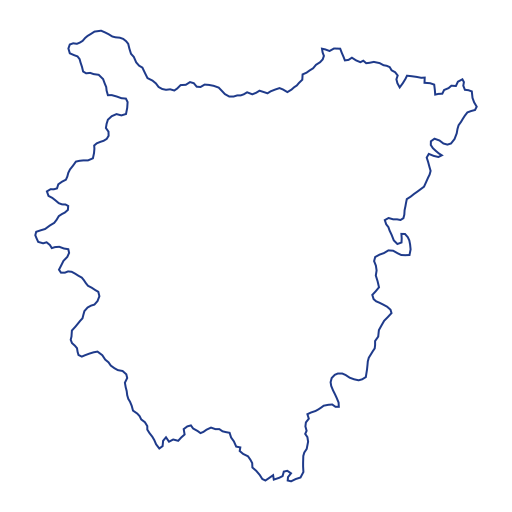 Dores do Indaiá, Minas Gerais, Brazil (Mercator projection)
{"feature_id": "56859067B54382916389320", "entity_name": "Dores do Indaiá", "entity_type": "district", "adm_level": 2, "iso_a3": "BRA", "parent_name": "Brazil", "parent_adm1": "Minas Gerais", "projection": "mercator", "projection_center": [-45.547, -19.504], "detail": "fine", "context": "isolated", "style": "outline", "palette": "blue", "viewbox_px": 512, "rotation_deg": 0, "n_neighbors": 0, "source": "geoboundaries", "source_scale": "gbopen_adm2", "svg_char_len": 5530}
<svg xmlns="http://www.w3.org/2000/svg" viewBox="0 0 512 512"><path d="M409.5,255.0L410.6,249.4L410.1,244.5L409.3,240.4L407.8,237.2L405.0,234.0L401.4,233.9L401.7,238.5L401.5,242.5L397.4,244.0L393.8,240.4L391.6,234.8L389.6,230.6L388.4,227.1L386.2,224.3L384.8,220.1L388.6,218.0L393.1,219.3L396.9,219.3L400.5,220.0L403.4,218.2L404.3,214.7L404.6,210.1L405.4,206.4L406.0,203.0L406.8,199.1L410.6,196.7L414.1,193.9L417.4,191.6L420.5,189.3L424.0,186.7L426.1,182.1L428.1,177.6L429.6,174.6L430.6,170.9L429.4,166.7L428.1,161.9L426.7,157.6L428.8,153.9L433.7,155.9L438.4,157.0L441.8,155.3L438.8,153.4L435.7,150.8L432.9,148.2L430.8,145.0L430.9,141.3L434.5,138.7L439.5,140.5L443.4,143.5L447.4,144.6L451.0,143.5L454.5,139.1L456.7,133.4L457.5,128.9L458.6,125.2L461.0,121.9L462.9,118.7L464.9,115.6L467.4,112.4L471.2,111.0L475.0,110.0L476.7,106.7L474.1,102.3L472.5,97.9L471.8,91.4L468.4,90.2L464.9,89.8L463.3,85.7L463.9,82.1L462.4,79.3L457.9,81.7L455.9,86.0L451.4,85.7L448.6,88.1L444.1,90.0L442.3,93.7L438.4,93.9L435.2,94.6L434.9,90.5L434.2,84.6L430.1,83.2L424.5,82.8L424.7,77.6L421.2,77.8L416.6,76.9L411.5,76.2L407.0,75.7L405.5,78.8L402.8,83.2L399.7,87.4L397.4,83.2L396.4,79.3L397.7,75.5L395.1,72.2L391.6,70.3L389.7,67.1L386.7,65.8L383.5,65.2L379.6,63.1L373.8,61.9L369.5,62.8L366.2,63.2L363.3,60.7L360.4,62.2L356.1,60.4L351.9,57.7L348.5,59.9L344.9,60.4L343.5,56.8L341.8,52.9L340.2,48.7L334.0,48.5L329.5,51.0L325.2,49.4L322.0,48.7L322.6,52.4L323.9,55.9L322.7,59.4L320.1,62.2L316.0,64.8L313.1,68.3L309.7,70.4L306.5,72.7L302.6,74.4L302.3,79.7L298.9,83.0L296.8,85.5L294.2,87.2L291.5,89.6L287.4,92.1L282.8,89.4L279.5,88.1L275.3,89.5L270.7,91.3L267.5,93.3L263.6,92.0L259.5,90.7L256.1,92.8L252.3,94.3L247.1,92.3L243.8,94.3L240.7,95.4L237.3,95.4L233.7,96.5L229.2,96.5L224.9,94.1L221.6,90.6L218.7,87.6L213.6,85.8L208.8,84.9L204.6,84.6L200.5,87.0L196.7,86.7L193.8,83.2L190.0,82.1L185.8,84.8L180.6,85.1L177.1,88.6L174.3,90.5L170.2,89.3L166.0,89.8L162.2,89.0L158.6,87.0L155.9,83.4L152.5,80.6L147.5,78.1L145.4,73.9L143.9,70.8L142.4,67.6L139.1,65.7L136.2,62.4L133.8,56.9L131.0,53.8L129.4,48.7L128.2,43.8L126.1,41.2L123.2,38.9L119.8,37.7L115.5,37.3L112.3,36.5L108.6,34.2L105.0,32.4L101.1,30.7L94.5,31.6L90.6,34.1L87.6,35.9L85.2,37.9L82.6,40.9L79.8,42.6L76.9,43.8L73.2,43.3L69.8,44.5L68.4,48.5L69.8,53.3L74.2,55.2L77.5,56.4L79.6,59.1L80.5,62.4L82.0,66.9L83.1,71.5L86.1,73.3L90.2,72.9L93.6,74.1L98.7,74.8L103.1,79.1L104.8,83.7L106.2,87.0L106.6,90.6L107.9,95.2L111.7,95.1L116.7,96.5L121.4,98.2L125.9,98.6L127.6,102.1L127.2,107.9L126.0,114.0L121.4,115.4L116.5,114.1L111.7,116.2L107.9,119.7L106.6,123.8L105.9,128.0L108.5,131.7L108.6,135.8L106.7,138.9L103.6,140.8L100.5,141.8L96.8,143.3L94.2,145.5L94.4,148.8L94.0,153.2L92.9,158.3L88.0,160.4L83.3,160.4L79.5,160.8L75.9,161.6L72.9,165.8L70.0,169.4L68.3,172.8L67.3,176.6L65.9,179.7L62.0,181.7L58.3,184.3L57.0,188.4L53.8,189.3L50.6,189.2L46.9,191.4L48.5,195.9L52.3,197.9L55.0,200.0L58.8,203.2L62.1,204.4L65.5,204.5L68.2,206.0L67.9,209.9L64.8,212.6L62.0,214.0L58.8,216.1L56.6,219.8L54.2,222.9L50.0,225.4L45.1,229.0L40.7,230.3L36.2,231.8L35.3,235.2L36.5,238.2L38.2,241.9L43.1,243.3L46.6,242.3L49.9,245.0L51.8,248.1L55.0,247.1L59.3,246.8L63.9,248.5L68.3,249.2L69.1,252.9L67.3,256.9L63.5,260.8L61.0,265.8L59.0,269.7L61.0,272.7L64.8,272.7L68.1,271.4L71.7,271.8L75.2,273.7L78.5,275.8L81.8,277.6L83.9,280.2L85.9,283.2L88.0,285.8L91.7,287.7L95.3,290.1L98.3,291.8L99.4,296.2L97.5,301.1L94.4,304.6L91.1,305.6L87.6,307.5L84.4,311.1L83.3,315.1L82.5,318.3L80.1,320.9L77.6,324.0L75.3,326.8L71.9,330.5L71.5,336.5L70.7,339.8L72.0,343.1L75.0,345.8L77.0,348.2L77.6,351.9L78.5,355.0L81.8,356.6L85.1,355.2L89.4,353.6L93.6,352.3L97.5,351.6L102.3,355.2L105.2,359.6L108.5,362.3L110.8,365.6L114.4,368.2L117.8,370.1L122.6,371.0L126.3,374.3L127.2,378.0L124.9,382.7L125.7,387.3L126.7,391.1L127.2,395.2L128.3,398.9L130.0,401.7L131.7,405.8L133.0,410.6L137.3,413.6L139.6,416.1L141.2,419.4L144.9,422.2L147.3,426.1L147.3,429.6L149.5,433.1L152.3,436.7L154.3,440.1L156.1,444.3L159.3,448.5L162.6,446.1L163.1,440.8L166.0,437.3L169.0,441.7L173.2,439.5L178.2,440.8L181.2,437.5L184.6,434.5L183.7,429.1L187.3,426.4L190.9,425.4L193.1,428.5L197.6,431.0L200.5,433.1L203.4,431.9L206.5,429.7L211.0,427.6L215.3,429.1L219.3,429.1L222.5,431.3L225.8,432.1L229.6,432.8L231.1,437.5L233.9,441.4L236.2,446.6L240.3,447.4L239.7,451.0L243.1,453.9L248.0,456.3L250.5,459.9L252.2,463.1L252.4,467.5L256.2,470.8L259.7,474.9L262.3,479.0L265.4,480.5L268.4,478.5L273.1,475.2L273.8,479.6L279.2,477.8L282.6,476.1L283.8,471.6L287.3,470.8L291.0,473.3L288.0,477.1L287.7,480.5L291.1,481.3L295.8,479.0L300.5,477.5L303.4,472.0L303.1,466.4L303.1,462.8L303.3,455.9L304.3,452.5L306.7,448.9L308.1,441.7L307.4,437.1L305.2,433.9L306.6,430.8L305.4,426.4L305.9,422.4L308.8,418.7L307.4,414.2L311.0,412.5L315.5,411.0L318.4,409.4L321.1,407.6L323.7,405.7L328.3,404.8L332.2,404.5L335.5,406.8L338.8,406.8L338.6,402.6L336.8,398.2L335.1,394.5L333.0,390.3L331.2,385.9L330.6,382.2L331.7,378.0L334.8,374.8L337.9,373.5L342.2,373.5L345.6,375.0L349.7,377.7L354.1,379.3L358.6,380.3L362.2,379.3L365.8,377.1L367.0,369.6L367.5,364.8L367.8,361.4L368.8,357.7L371.1,354.0L372.8,351.2L374.7,348.4L375.1,345.1L375.1,341.0L378.2,336.6L378.9,330.1L381.5,325.4L384.2,320.7L387.7,317.2L391.5,313.1L390.5,309.7L387.1,306.7L383.0,304.5L379.4,302.7L376.1,301.3L373.6,299.1L372.3,294.9L375.6,291.4L379.0,287.3L377.6,281.3L375.8,275.5L376.6,270.5L375.9,265.7L374.1,261.1L375.2,257.0L379.6,254.6L383.9,253.1L388.4,250.4L393.1,250.7L397.7,253.3L401.2,255.0L405.2,255.2L409.5,255.0Z" fill="none" stroke="#1e3a8a" stroke-width="2"/></svg>